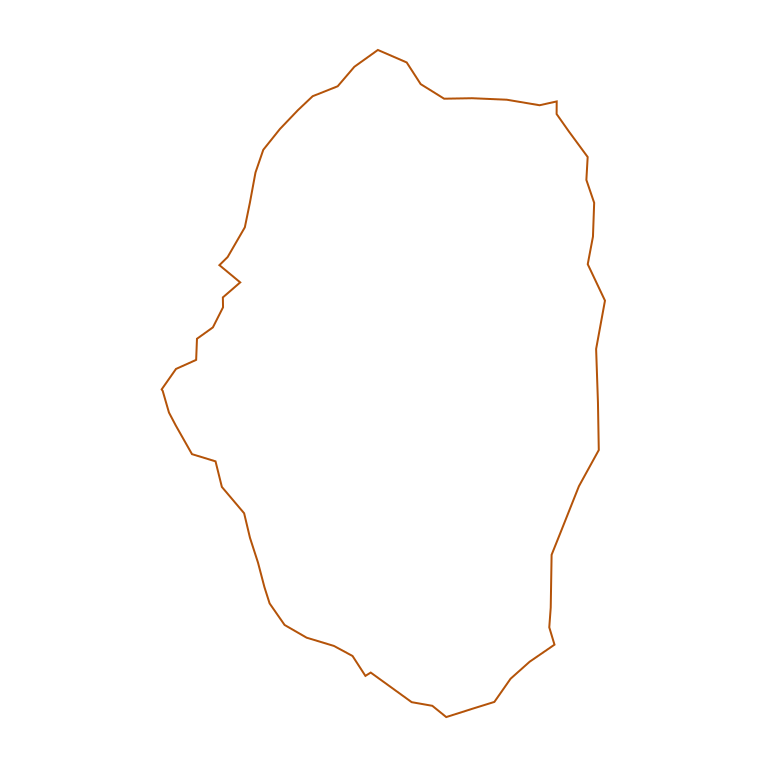 outline of Apesia, Limassol, Cyprus, rotated 179°
{"feature_id": "46923920B26511278175310", "entity_name": "Apesia", "entity_type": "district", "adm_level": 2, "iso_a3": "CYP", "parent_name": "Cyprus", "parent_adm1": "Limassol", "projection": "orthographic", "projection_center": [32.979, 34.782], "detail": "fine", "context": "isolated", "style": "outline", "palette": "amber", "viewbox_px": 768, "rotation_deg": 179, "n_neighbors": 0, "source": "geoboundaries", "source_scale": "gbopen_adm2", "svg_char_len": 1010}
<svg xmlns="http://www.w3.org/2000/svg" viewBox="0 0 768 768"><g transform="rotate(179 384 384)"><path d="M606.4,382.5L605.4,381.0L599.5,359.2L592.9,346.1L577.2,317.2L553.8,309.6L547.9,283.9L526.1,257.2L520.7,232.6L513.1,207.6L507.1,183.0L502.2,166.6L487.6,144.8L465.8,131.7L438.7,123.0L420.2,112.6L407.7,92.5L402.3,95.7L361.9,65.4L341.3,61.4L327.6,49.9L300.8,57.9L279.2,64.2L262.6,87.1L243.2,103.8L218.1,120.4L223.0,137.8L221.2,157.5L219.4,210.3L209.6,233.6L190.9,278.4L170.4,314.2L170.4,361.6L171.3,415.3L161.6,463.5L178.2,500.2L177.4,504.1L172.5,527.7L170.7,561.5L178.1,584.5L176.4,607.4L194.7,633.2L206.7,650.9L206.4,663.5L223.6,660.0L256.3,666.1L291.0,668.2L318.9,668.2L342.1,683.2L355.7,705.1L384.3,718.1L408.1,701.7L425.1,682.5L450.3,673.0L465.3,659.3L483.6,640.8L500.6,620.3L508.8,597.7L514.9,567.7L520.4,543.1L538.1,513.7L546.5,505.7L526.7,488.7L526.0,488.1L543.6,473.4L543.6,463.5L554.1,443.6L570.2,432.5L571.4,411.4L591.7,402.7L606.4,382.5Z" fill="none" stroke="#b45309" stroke-width="2"/></g></svg>